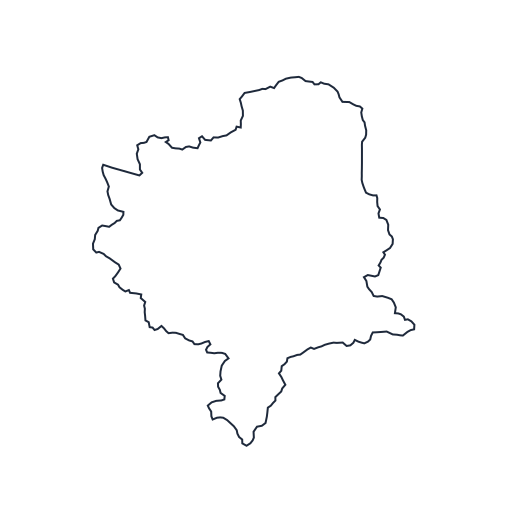 the district of Piedade, São Paulo, Brazil, rotated 16°
{"feature_id": "56859067B69793301724328", "entity_name": "Piedade", "entity_type": "district", "adm_level": 2, "iso_a3": "BRA", "parent_name": "Brazil", "parent_adm1": "São Paulo", "projection": "orthographic", "projection_center": [-47.435, -23.801], "detail": "fine", "context": "isolated", "style": "outline", "palette": "slate", "viewbox_px": 512, "rotation_deg": 16, "n_neighbors": 0, "source": "geoboundaries", "source_scale": "gbopen_adm2", "svg_char_len": 4142}
<svg xmlns="http://www.w3.org/2000/svg" viewBox="0 0 512 512"><g transform="rotate(16 256 256)"><path d="M317.6,85.0L314.6,83.6L311.0,84.0L307.6,83.4L303.3,82.3L296.6,84.0L292.5,80.5L290.9,77.8L289.1,75.5L284.4,72.8L278.4,71.0L274.0,71.6L270.4,71.2L268.7,73.7L264.9,74.9L262.4,73.1L259.4,73.6L255.4,74.2L250.9,72.3L247.8,72.0L244.3,73.4L240.3,74.9L235.9,77.3L233.1,79.9L229.8,82.3L228.1,86.6L227.1,89.6L223.0,89.3L219.2,92.9L216.0,93.6L213.3,95.6L209.7,97.5L205.0,100.0L200.1,102.4L198.5,106.6L197.1,109.7L199.2,112.9L200.8,115.9L203.3,119.9L204.8,124.9L204.0,130.0L205.1,133.4L205.9,136.7L201.7,137.0L201.6,140.3L197.7,144.1L194.4,148.2L191.0,149.9L186.9,152.6L182.5,153.7L180.8,157.4L175.1,158.4L171.1,155.8L168.7,158.5L171.2,162.2L170.6,165.2L170.1,168.5L165.6,169.2L161.5,169.1L158.6,170.5L155.8,174.0L152.7,173.9L149.0,174.7L145.4,175.1L141.1,172.4L137.9,171.3L140.1,168.8L138.6,166.1L135.7,167.1L132.6,168.8L128.8,169.1L125.0,167.9L120.6,170.8L119.3,176.6L117.1,178.1L114.0,179.3L111.3,182.3L113.5,185.9L113.2,190.5L115.5,195.6L119.1,199.8L120.6,204.9L123.7,207.4L121.7,210.7L93.2,210.8L84.0,210.4L83.8,213.8L85.4,217.2L87.3,220.3L90.0,223.1L92.5,226.0L95.4,229.8L95.4,234.8L97.1,238.1L99.5,241.4L102.6,246.4L106.6,249.0L110.6,250.3L116.4,250.1L117.1,253.0L116.3,256.2L115.3,259.2L112.5,260.6L111.0,263.3L108.8,265.7L106.8,268.4L103.3,268.7L99.7,269.1L96.8,272.4L96.9,275.4L95.6,280.1L96.4,284.3L95.9,289.1L97.7,294.5L101.5,296.7L104.0,295.3L109.0,296.0L111.9,297.6L116.0,298.6L122.2,300.9L126.4,302.1L129.2,305.4L127.9,309.8L126.3,314.2L124.7,317.2L126.9,320.5L131.3,321.6L133.4,323.7L137.3,325.3L140.2,326.1L143.2,323.8L145.1,326.1L151.2,325.0L156.3,324.6L156.8,328.2L162.2,330.7L162.1,334.5L163.7,337.3L164.5,340.7L165.9,344.1L167.5,348.4L171.1,349.2L173.4,353.7L176.3,353.3L178.9,355.1L181.6,353.3L184.4,349.3L187.5,350.9L190.4,353.0L193.2,354.3L196.9,352.7L200.2,351.9L203.6,352.0L207.5,352.0L210.6,354.7L215.0,355.6L218.5,355.6L221.1,357.7L224.8,356.8L227.6,355.2L230.7,352.7L234.0,350.8L236.5,353.5L234.4,356.8L233.8,359.9L235.7,362.2L239.2,361.5L242.7,361.0L246.1,359.5L249.9,358.5L253.4,358.6L257.8,362.0L255.0,365.5L253.3,370.8L253.7,376.7L254.6,381.0L256.8,384.4L254.5,388.8L255.6,392.1L258.1,394.6L259.7,397.4L264.5,399.1L265.1,402.6L262.5,404.4L257.7,406.2L253.7,408.9L250.9,413.1L252.8,415.3L255.8,417.9L257.3,422.4L259.4,425.1L263.1,422.2L266.1,421.0L269.1,420.5L273.5,421.7L277.3,423.6L281.7,425.8L285.5,428.8L287.1,431.9L289.7,434.7L293.3,436.2L294.5,439.9L299.2,441.0L302.2,437.6L303.6,434.2L304.0,431.2L302.1,425.6L304.0,419.8L308.4,417.6L311.2,413.9L310.7,407.4L310.1,403.6L309.2,398.5L311.5,395.8L312.9,392.5L314.5,389.6L313.5,386.3L315.7,382.5L317.6,379.3L317.7,376.1L319.7,371.7L316.0,367.9L313.8,365.4L310.4,362.5L311.9,359.3L311.1,354.8L313.2,352.2L314.8,349.0L314.4,345.6L317.2,343.4L319.6,342.1L322.9,339.7L325.7,338.6L327.9,335.9L331.2,331.6L333.9,328.9L337.4,329.3L341.0,326.6L343.9,324.8L346.6,322.4L350.3,320.1L354.4,317.9L357.5,317.3L363.2,315.3L367.9,317.5L371.3,315.9L373.5,312.6L374.1,309.4L378.0,310.1L381.4,310.2L384.2,310.1L387.2,307.5L388.8,304.8L388.6,301.1L389.3,297.3L392.9,296.1L398.4,294.1L402.4,292.6L409.1,293.7L413.3,292.8L416.5,292.5L419.1,292.0L422.5,287.2L425.1,284.6L428.2,282.9L427.2,278.4L423.4,276.0L419.4,275.0L416.8,276.3L414.8,273.5L411.3,272.1L408.5,272.0L405.3,272.7L404.5,266.8L401.4,262.8L398.3,260.2L394.3,259.8L388.4,259.7L383.7,261.6L380.1,262.0L377.2,258.8L373.8,256.7L371.5,254.8L369.0,249.6L365.6,246.6L368.7,243.5L372.1,243.2L376.0,242.9L378.8,240.7L379.1,232.8L376.5,231.3L377.4,228.0L377.7,225.1L379.2,222.4L379.6,219.2L377.4,217.3L379.8,214.7L382.6,211.4L384.0,206.7L383.0,202.2L381.2,199.8L378.4,198.5L375.8,194.8L374.5,189.5L371.4,185.4L367.9,184.4L363.9,185.2L362.0,181.3L362.3,177.1L359.1,174.5L357.6,170.7L356.6,166.9L355.1,164.5L351.9,165.5L347.8,165.5L344.3,164.8L342.2,162.2L340.3,159.7L338.1,156.5L336.6,153.7L335.7,150.1L334.8,147.1L333.6,142.5L332.2,137.4L328.4,124.1L327.1,119.8L326.5,116.9L328.4,112.2L328.4,109.0L327.3,104.8L324.9,100.7L323.5,97.6L321.2,95.9L319.2,92.5L317.6,89.0L317.6,85.0Z" fill="none" stroke="#1e293b" stroke-width="2"/></g></svg>